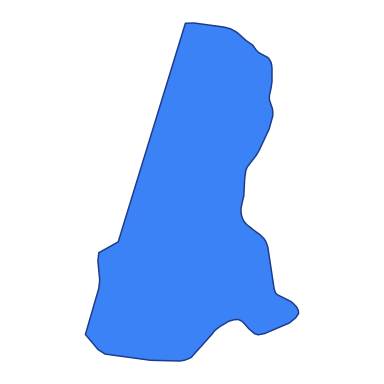 an SVG outline of Tel Aviv
{"feature_id": "ISR-3057", "entity_name": "Tel Aviv", "entity_type": "District", "adm_level": 1, "iso_a3": "ISR", "parent_name": "Israel", "parent_adm1": "", "projection": "natural_earth1", "projection_center": [34.837, 32.095], "detail": "fine", "context": "isolated", "style": "filled", "palette": "blue", "viewbox_px": 384, "rotation_deg": 0, "n_neighbors": 0, "source": "natural_earth", "source_scale": "10m", "svg_char_len": 1172}
<svg xmlns="http://www.w3.org/2000/svg" viewBox="0 0 384 384"><path d="M85.4,334.5L98.8,288.4L99.7,280.1L97.9,261.0L98.8,252.7L118.2,241.9L185.4,23.3L194.1,23.0L224.1,27.1L230.2,28.7L235.3,31.3L237.7,33.0L246.0,40.5L252.8,45.2L256.1,50.0L257.9,51.9L260.1,53.4L267.8,57.5L269.5,59.5L270.9,62.1L271.7,65.1L272.0,68.6L272.0,81.7L270.9,88.9L269.5,94.8L269.3,98.7L269.8,101.1L272.4,108.6L272.8,112.1L272.8,115.8L269.1,129.1L259.4,149.8L256.4,155.1L247.1,167.2L245.8,170.7L244.7,178.5L243.8,195.9L242.3,201.9L241.0,208.5L241.0,211.6L241.4,214.9L242.3,217.9L243.4,220.4L244.7,222.3L245.8,223.5L247.1,225.0L251.3,228.1L253.5,230.0L260.1,234.8L264.1,238.8L265.6,241.1L266.7,243.8L267.8,246.9L274.0,288.0L274.8,291.1L275.9,293.5L278.1,295.1L290.9,301.5L293.1,303.3L296.4,306.8L297.3,308.2L298.2,310.4L298.6,313.5L295.6,317.9L289.3,323.0L264.5,333.6L258.1,334.8L254.4,333.6L248.7,328.6L243.2,322.3L241.0,320.7L238.3,319.5L234.2,319.7L228.9,321.2L220.1,326.4L216.3,329.3L213.9,331.5L212.6,333.5L191.2,357.4L191.0,357.5L190.6,357.7L189.5,358.3L184.6,360.2L179.8,361.0L150.8,360.3L105.2,354.1L98.2,349.7L85.4,334.5L85.4,334.5Z" fill="#3b82f6" stroke="#1e3a8a" stroke-width="1.5"/></svg>